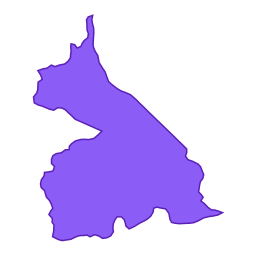 Gado Bravo, Paraíba, Brazil (Albers equal-area conic projection)
{"feature_id": "56859067B38190355049455", "entity_name": "Gado Bravo", "entity_type": "district", "adm_level": 2, "iso_a3": "BRA", "parent_name": "Brazil", "parent_adm1": "Paraíba", "projection": "albers", "projection_center": [-35.816, -7.565], "detail": "fine", "context": "isolated", "style": "filled", "palette": "violet", "viewbox_px": 256, "rotation_deg": 0, "n_neighbors": 0, "source": "geoboundaries", "source_scale": "gbopen_adm2", "svg_char_len": 2160}
<svg xmlns="http://www.w3.org/2000/svg" viewBox="0 0 256 256"><path d="M92.7,15.4L88.3,16.9L86.5,19.7L86.9,23.9L87.1,30.2L88.4,33.7L87.7,37.9L84.2,40.5L82.2,43.3L81.0,46.4L77.2,48.0L74.7,44.7L71.1,43.8L70.7,47.1L71.1,50.9L70.7,54.3L70.4,57.8L68.2,61.1L64.7,64.0L59.2,65.1L55.0,66.6L51.4,65.1L47.1,68.1L43.2,68.8L37.9,70.6L40.8,75.3L42.2,79.3L38.1,82.2L37.9,86.2L37.7,89.8L36.7,93.0L33.5,97.0L34.3,102.9L38.5,105.1L42.2,106.1L45.5,107.5L49.3,109.1L53.7,110.2L57.8,107.7L61.8,108.0L65.4,109.8L68.3,112.7L71.2,115.3L75.1,119.2L101.9,131.1L98.1,134.9L94.0,138.4L88.7,139.6L84.8,139.3L80.6,139.5L75.3,141.0L71.5,143.8L69.3,146.3L69.2,149.6L65.1,149.9L61.5,152.7L56.1,153.7L53.0,155.6L51.5,159.2L51.5,163.5L54.5,166.5L53.0,171.0L49.0,171.9L44.5,172.4L44.1,175.9L41.4,179.7L40.5,183.9L41.2,187.6L44.5,190.6L46.4,197.1L49.5,200.5L51.1,203.7L52.8,208.3L50.7,211.0L48.9,214.5L52.3,218.5L52.1,222.2L54.0,224.9L53.7,230.8L52.6,236.7L58.3,239.5L62.1,240.6L70.8,239.3L76.7,236.5L79.9,235.6L83.6,235.5L87.1,235.1L90.0,236.8L94.6,234.7L99.1,236.1L102.6,238.4L107.1,237.7L110.7,235.9L113.4,231.7L112.9,227.4L113.4,223.6L115.0,219.7L117.1,216.8L121.4,216.9L124.1,219.4L125.3,222.9L126.0,226.2L129.1,228.9L134.3,226.5L140.6,222.6L144.1,221.0L147.2,219.2L150.8,216.1L153.1,212.1L153.7,208.2L156.8,207.1L160.2,207.9L165.6,208.9L168.9,213.4L169.9,219.2L171.6,222.4L174.9,223.2L179.3,223.7L184.9,223.4L189.6,223.2L193.6,222.7L198.1,220.9L203.6,217.9L208.8,216.6L213.2,216.0L217.9,215.0L222.5,212.6L218.1,211.0L215.0,210.1L211.3,209.8L207.9,207.3L204.7,203.9L200.9,200.9L203.1,197.2L200.9,194.2L198.6,192.0L199.1,188.5L199.6,185.0L200.5,181.4L202.7,178.7L203.7,174.7L201.9,170.2L200.5,166.7L198.1,164.1L192.8,161.4L188.0,159.7L185.5,156.2L186.8,152.2L186.6,148.9L182.0,144.3L178.4,140.9L174.4,136.9L170.6,133.2L156.6,119.7L151.0,114.3L148.1,111.5L143.4,106.8L139.8,103.4L136.7,100.2L132.7,96.6L130.3,94.6L125.3,92.5L120.8,90.8L116.7,88.3L111.1,83.9L108.6,81.5L106.9,77.1L105.1,71.9L102.8,68.5L101.0,65.6L99.1,62.6L98.5,59.4L97.8,55.5L95.0,51.1L93.4,47.0L93.1,43.8L93.4,38.8L93.8,32.3L93.6,27.7L92.6,24.1L91.8,19.5L92.7,15.4Z" fill="#8b5cf6" stroke="#5b21b6" stroke-width="1.5"/></svg>